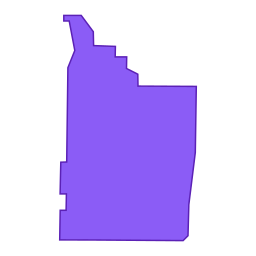 Webster, Georgia, United States of America (Albers equal-area conic projection)
{"feature_id": "52423323B7808081062889", "entity_name": "Webster", "entity_type": "district", "adm_level": 2, "iso_a3": "USA", "parent_name": "United States of America", "parent_adm1": "Georgia", "projection": "albers", "projection_center": [-84.576, 32.076], "detail": "fine", "context": "isolated", "style": "filled", "palette": "violet", "viewbox_px": 256, "rotation_deg": 0, "n_neighbors": 0, "source": "geoboundaries", "source_scale": "gbopen_adm2", "svg_char_len": 448}
<svg xmlns="http://www.w3.org/2000/svg" viewBox="0 0 256 256"><path d="M93.8,240.0L183.1,240.6L188.0,235.7L188.8,206.0L188.8,204.9L195.3,152.5L196.3,86.4L138.0,86.1L137.8,74.2L126.5,68.5L126.7,56.9L115.2,56.9L115.4,46.4L93.6,45.6L93.3,31.7L81.2,15.4L63.8,15.4L63.8,21.0L69.2,21.0L74.8,50.5L67.9,67.7L66.7,162.0L60.8,162.2L60.1,193.9L66.4,193.9L66.1,210.3L60.2,210.3L59.7,239.9L93.8,240.0Z" fill="#8b5cf6" stroke="#5b21b6" stroke-width="1.5"/></svg>